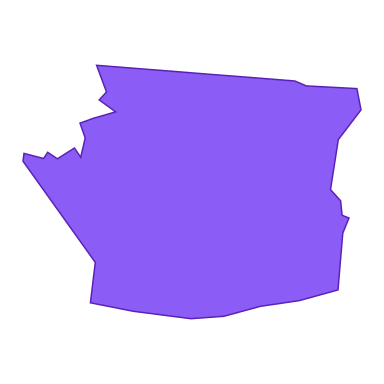 Hart, Kentucky, United States of America
{"feature_id": "52423323B62554874714957", "entity_name": "Hart", "entity_type": "district", "adm_level": 2, "iso_a3": "USA", "parent_name": "United States of America", "parent_adm1": "Kentucky", "projection": "orthographic", "projection_center": [-85.917, 37.299], "detail": "fine", "context": "isolated", "style": "filled", "palette": "violet", "viewbox_px": 384, "rotation_deg": 0, "n_neighbors": 0, "source": "geoboundaries", "source_scale": "gbopen_adm2", "svg_char_len": 529}
<svg xmlns="http://www.w3.org/2000/svg" viewBox="0 0 384 384"><path d="M90.4,302.8L133.4,311.3L190.9,318.7L223.8,316.3L260.5,306.3L299.4,300.6L338.0,289.9L342.8,233.1L349.0,218.0L342.1,215.3L340.6,200.8L330.5,189.6L338.3,139.6L361.0,109.9L356.9,88.6L306.2,85.9L294.9,81.0L199.9,73.5L126.9,67.7L96.6,65.3L106.5,92.0L99.2,99.9L115.6,111.9L94.2,118.0L80.0,123.1L85.2,137.9L80.7,157.3L74.4,148.0L57.4,158.8L47.7,152.3L43.6,158.5L24.0,153.4L23.0,161.2L95.3,262.4L90.4,302.8Z" fill="#8b5cf6" stroke="#5b21b6" stroke-width="1.5"/></svg>